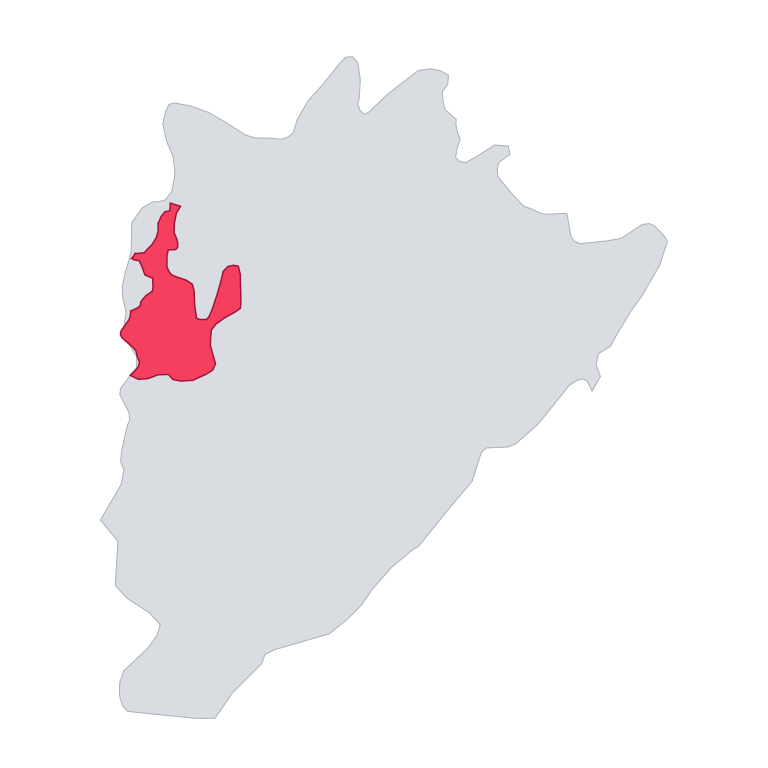 where Doboj sits in Bosnia and Herzegovina, rotated 268°
{"feature_id": "BIH-4801", "entity_name": "Doboj", "entity_type": "state/province", "adm_level": 1, "iso_a3": "BIH", "parent_name": "Bosnia and Herzegovina", "parent_adm1": "", "projection": "robinson", "projection_center": [18.222, 44.862], "detail": "fine", "context": "in_parent", "style": "filled", "palette": "rose", "viewbox_px": 768, "rotation_deg": 268, "n_neighbors": 0, "source": "natural_earth", "source_scale": "10m", "svg_char_len": 3236}
<svg xmlns="http://www.w3.org/2000/svg" viewBox="0 0 768 768"><g transform="rotate(268 384 384)"><path d="M670.9,179.1L672.3,183.9L668.6,200.4L661.5,218.2L649.8,236.8L637.7,254.2L634.5,263.5L633.7,278.2L632.2,289.8L633.9,296.1L637.9,302.0L651.6,306.6L670.0,318.3L685.6,333.4L705.7,350.6L712.0,357.0L712.1,363.9L706.2,369.0L689.1,370.9L671.3,369.4L664.5,367.6L658.1,369.7L654.2,373.7L656.3,378.3L674.7,399.2L696.1,429.2L697.4,442.1L694.8,452.2L689.9,459.2L681.1,458.1L674.3,452.6L664.1,452.9L656.2,454.5L645.9,465.4L640.8,464.9L631.9,466.5L626.3,468.7L617.5,465.5L608.2,463.4L604.1,466.8L602.4,473.1L608.2,484.7L619.0,502.7L617.4,516.5L609.1,518.0L601.5,506.5L594.8,504.7L587.2,505.1L569.7,518.4L556.9,529.6L553.9,537.4L549.3,546.0L547.9,552.2L548.3,572.7L525.0,576.0L520.1,579.1L517.3,585.3L519.3,611.7L521.2,625.9L534.5,647.8L535.0,654.8L533.1,659.3L523.7,668.0L519.2,671.1L516.1,672.1L500.7,666.4L493.3,663.7L462.3,644.4L448.6,633.6L427.0,619.5L413.6,611.5L406.9,599.4L396.3,596.6L383.8,600.5L369.6,591.7L379.7,587.2L382.1,582.9L380.9,577.2L376.5,569.5L338.3,536.4L319.7,513.7L316.7,505.6L316.5,484.0L312.1,478.8L284.1,468.9L252.9,440.8L220.9,413.2L216.5,405.5L200.0,384.7L179.9,365.7L163.8,353.6L150.7,339.8L136.2,320.5L128.9,291.5L122.4,265.6L117.9,255.6L108.7,252.0L80.2,221.4L55.9,203.6L56.4,184.3L60.8,152.3L65.7,116.3L71.7,111.3L82.8,108.6L95.5,109.6L106.6,114.1L128.2,138.7L140.6,148.3L151.2,152.0L163.5,141.6L178.7,119.9L191.9,108.4L236.1,112.6L257.9,95.9L292.9,117.8L307.4,121.1L315.5,118.1L326.6,119.5L351.3,125.9L356.9,128.6L364.4,128.1L382.6,119.6L388.8,120.6L409.6,137.5L420.1,137.6L432.7,130.4L440.8,124.1L464.8,128.8L478.5,126.0L489.9,125.7L502.2,128.6L513.5,132.4L524.4,135.8L554.1,137.6L568.3,148.3L574.0,158.7L574.1,165.0L575.6,171.9L583.7,178.6L601.6,182.5L612.8,181.6L618.8,181.2L634.0,175.2L651.9,172.0L664.8,175.6L670.9,179.1Z" fill="#d9dde1" stroke="#a8b0b8" stroke-width="1"/><path d="M401.6,130.6L407.0,136.7L410.1,139.1L413.5,140.3L415.2,140.1L420.2,138.3L424.9,137.5L426.4,136.8L429.2,134.5L439.5,123.7L442.1,122.5L444.7,122.5L447.4,123.8L456.8,131.2L460.6,132.7L463.9,133.3L465.9,133.3L466.2,134.6L468.8,140.4L470.9,143.3L474.0,143.6L477.1,145.8L480.8,149.4L485.0,155.8L488.6,156.5L494.1,156.5L497.8,156.5L498.6,154.5L499.9,152.0L501.2,149.0L505.9,147.4L511.6,145.5L515.8,143.6L516.8,138.7L518.3,136.0L520.7,138.3L523.3,139.8L523.1,142.3L523.6,149.0L526.0,151.3L531.2,156.8L538.0,161.4L544.8,163.7L552.1,163.7L559.5,167.3L563.9,171.2L564.4,175.7L567.8,176.4L572.3,176.7L568.7,186.8L562.1,182.5L551.9,180.1L542.4,179.5L536.3,181.9L532.2,182.8L527.6,182.5L525.6,180.4L525.6,177.9L525.6,173.1L519.8,171.6L509.0,171.1L504.9,172.6L500.5,175.4L498.1,180.8L494.5,190.3L490.3,196.0L483.5,197.5L470.1,197.5L462.8,198.2L456.0,199.1L454.8,202.7L454.7,208.8L457.4,211.5L464.5,214.9L472.0,217.6L479.1,220.3L487.6,223.1L494.7,225.2L502.3,227.3L506.9,232.2L507.9,237.7L506.9,242.5L498.1,244.3L490.3,244.0L477.2,244.0L469.4,243.7L464.7,243.1L461.3,238.0L455.5,226.7L449.9,218.2L444.0,213.3L437.0,212.4L428.2,211.8L422.3,213.3L410.2,216.3L403.9,213.4L399.8,206.2L394.3,192.9L394.1,180.4L396.0,173.1L401.1,168.9L401.1,158.3L397.7,148.8L397.2,138.7L401.6,130.6Z" fill="#f43f5e" stroke="#9f1239" stroke-width="1.5"/></g></svg>